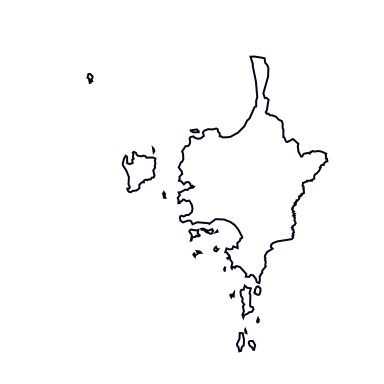 Sattahip, Chon Buri, Thailand (Mercator projection), rotated 12°
{"feature_id": "78962969B45333129363776", "entity_name": "Sattahip", "entity_type": "district", "adm_level": 2, "iso_a3": "THA", "parent_name": "Thailand", "parent_adm1": "Chon Buri", "projection": "mercator", "projection_center": [100.926, 12.687], "detail": "fine", "context": "isolated", "style": "outline", "palette": "ink", "viewbox_px": 384, "rotation_deg": 12, "n_neighbors": 0, "source": "geoboundaries", "source_scale": "gbopen_adm2", "svg_char_len": 6146}
<svg xmlns="http://www.w3.org/2000/svg" viewBox="0 0 384 384"><g transform="rotate(12 192 192)"><path d="M315.3,126.6L309.9,125.5L306.9,125.7L303.4,127.0L301.1,126.9L300.4,128.3L299.3,128.5L299.2,129.9L297.2,129.7L293.4,131.4L292.3,134.4L291.4,134.7L287.7,130.3L286.0,125.4L286.0,122.7L279.8,119.2L274.9,123.3L273.5,123.1L270.9,119.4L269.9,119.2L268.4,111.8L267.2,110.4L266.7,106.9L265.2,104.0L261.5,103.1L258.5,100.9L254.2,100.3L252.3,100.8L250.5,99.5L248.7,99.8L247.5,98.5L248.2,96.6L247.7,85.8L245.2,84.4L243.7,84.9L241.3,80.8L242.4,63.3L241.0,55.1L239.4,52.4L236.8,50.4L235.1,46.0L225.1,46.5L221.1,47.5L225.1,54.5L225.0,55.6L231.5,70.5L236.1,85.6L235.8,89.4L237.0,95.0L235.8,95.7L235.3,97.0L233.0,108.1L231.1,110.6L229.5,116.9L224.5,124.6L218.0,130.1L215.1,131.1L210.8,132.2L208.9,131.5L207.6,131.8L206.8,128.7L204.9,127.5L204.0,125.2L202.5,124.9L198.9,126.6L194.7,127.2L191.5,129.3L190.3,131.3L191.9,134.7L189.5,137.6L187.2,138.6L183.6,138.5L181.9,137.3L179.1,138.6L178.5,140.0L179.7,143.1L179.7,145.9L178.7,147.8L176.2,148.5L173.9,154.5L175.3,156.3L176.7,161.9L176.1,164.3L175.0,165.4L173.9,170.8L177.6,173.9L178.7,176.4L176.5,179.6L177.2,181.4L176.9,183.7L178.7,183.5L182.5,186.2L184.0,183.8L186.5,183.0L188.3,184.1L189.6,186.3L191.3,185.8L191.6,187.0L192.6,186.7L192.3,187.4L188.5,188.9L187.2,191.0L185.0,191.0L181.2,194.3L179.0,195.2L180.8,197.3L179.3,200.9L180.6,203.0L181.0,205.8L182.3,205.4L182.5,204.0L184.1,202.8L184.8,201.2L186.2,201.1L188.2,202.2L191.2,201.0L194.5,204.6L196.0,208.2L196.0,211.7L193.6,215.1L190.6,215.9L190.0,217.1L188.7,217.7L187.0,217.3L185.7,218.1L185.5,219.6L186.6,222.4L189.5,223.6L194.0,220.8L195.9,220.4L197.2,220.8L199.2,223.4L203.5,220.5L214.7,219.1L215.6,219.6L220.7,213.7L229.1,212.2L235.9,213.4L240.6,215.4L244.9,218.9L250.6,225.7L250.4,226.8L249.0,227.6L249.0,229.8L246.9,232.6L248.3,237.3L243.7,236.6L243.3,239.3L240.8,240.4L237.5,240.0L237.1,244.0L239.1,244.1L240.2,245.6L241.4,246.0L242.9,248.3L242.7,249.3L246.2,252.8L246.1,257.6L247.1,258.7L247.8,256.8L249.0,256.5L249.8,257.2L250.7,255.2L254.5,255.4L262.1,260.8L262.2,263.6L265.6,263.1L266.6,260.9L269.2,260.8L272.7,263.8L274.0,266.7L276.7,267.1L276.7,263.9L275.7,260.5L276.6,259.1L276.3,258.1L277.5,256.6L277.1,254.2L279.7,249.5L279.0,248.9L278.5,244.4L277.5,243.3L277.7,241.5L276.8,240.8L276.7,238.8L278.0,235.0L282.6,230.7L280.5,229.2L280.5,226.9L282.1,224.9L285.5,222.7L299.5,217.3L300.4,215.4L299.4,214.2L300.3,213.2L299.2,211.6L300.1,210.4L299.0,207.9L298.1,207.8L298.1,206.2L297.1,206.1L297.5,204.6L299.4,202.7L299.9,200.8L298.1,198.4L298.0,196.0L297.2,195.5L297.5,194.0L295.9,194.0L296.7,192.3L296.2,192.5L295.4,190.9L295.7,190.1L294.8,190.2L295.0,189.3L293.5,188.2L293.5,186.8L294.1,186.6L293.9,185.1L296.1,182.9L295.7,182.0L294.8,182.4L294.7,181.3L295.9,181.0L295.6,179.9L296.6,179.1L296.1,178.4L297.8,177.4L298.3,175.8L297.6,174.3L298.4,173.3L299.2,173.5L299.4,171.6L300.2,171.7L300.2,170.8L301.7,169.9L300.8,166.0L300.2,165.9L300.2,163.8L298.9,163.1L298.7,160.0L302.2,157.9L302.1,157.1L305.1,156.6L305.8,155.7L306.9,156.1L307.0,155.2L308.8,153.5L308.2,150.9L308.7,149.1L309.7,148.5L311.9,144.9L312.5,142.2L312.0,141.4L312.8,141.0L312.6,139.4L314.0,138.1L315.2,138.2L315.3,136.4L316.8,134.2L318.0,133.9L317.2,131.5L316.0,131.5L315.8,129.1L315.0,128.0L315.3,126.6ZM129.0,165.4L126.7,164.8L125.9,165.8L126.9,167.4L126.8,170.2L128.1,171.5L126.8,172.9L127.9,176.0L125.3,177.6L122.6,177.3L121.2,171.1L119.6,170.3L118.6,173.2L118.3,178.6L118.9,180.3L123.2,184.6L127.2,190.5L128.3,197.7L130.2,200.2L129.8,201.6L128.1,202.0L128.1,202.9L129.9,204.8L132.1,205.0L133.7,203.3L137.5,202.0L139.7,199.3L139.0,195.7L141.1,192.9L142.9,192.5L142.5,191.4L143.0,190.3L144.4,189.5L146.0,189.7L146.7,188.8L149.2,188.1L149.6,186.4L151.5,185.7L151.9,183.7L149.6,178.9L150.9,175.8L150.1,174.2L150.3,171.9L149.2,169.1L149.3,166.9L146.6,166.4L140.3,167.9L139.2,166.8L137.0,166.5L135.0,167.7L131.8,167.8L130.5,167.3L129.0,165.4ZM265.9,274.2L263.1,272.6L262.9,276.8L260.6,277.5L260.1,279.2L261.4,283.2L263.7,285.7L263.9,288.9L266.5,291.1L265.6,293.4L267.6,298.0L266.8,301.7L268.3,304.1L268.6,301.6L271.7,299.5L272.7,297.9L275.4,296.8L276.6,294.1L275.4,292.0L273.1,291.9L272.3,290.4L270.5,280.5L269.3,279.1L269.6,274.0L265.9,274.2ZM270.9,319.5L268.0,320.1L269.0,325.6L267.6,331.5L268.2,333.0L269.8,334.2L271.4,338.0L272.9,337.3L273.0,333.6L274.5,331.0L273.5,325.5L270.9,319.5ZM206.1,231.5L206.1,227.7L204.4,228.7L199.0,228.9L197.7,230.0L197.7,231.4L200.2,233.5L201.0,235.2L200.9,239.8L201.5,239.6L201.7,236.1L204.5,235.4L205.0,234.1L207.6,234.0L208.6,233.2L208.4,232.5L206.1,231.5ZM285.6,328.6L282.4,325.1L279.8,325.7L278.9,326.5L278.9,327.8L280.4,330.4L283.0,331.4L284.4,333.4L285.5,333.5L285.6,328.6ZM278.9,272.0L276.2,270.5L274.9,271.4L273.9,274.5L274.4,276.3L273.8,277.2L274.4,278.1L277.8,278.9L279.3,278.3L279.6,274.6L278.9,272.0ZM70.1,103.3L70.9,101.2L70.6,99.5L67.7,97.7L66.2,98.2L66.0,101.9L68.1,102.6L68.2,104.1L69.6,105.3L71.3,104.4L70.1,103.3ZM220.1,225.7L219.5,224.1L215.7,226.6L210.7,225.5L208.7,226.2L209.2,226.9L211.5,226.6L214.3,228.3L219.1,229.0L220.2,228.2L220.7,225.6L220.1,225.7ZM186.1,132.1L185.8,131.0L183.8,129.8L177.9,131.9L178.3,132.7L181.2,133.3L186.1,132.1ZM228.7,242.8L226.9,240.7L225.9,242.0L225.7,243.9L226.3,244.8L228.4,244.8L229.5,242.6L228.7,242.8ZM165.9,200.9L166.0,199.5L164.5,198.1L164.0,200.0L165.2,201.2L165.8,204.2L165.9,203.3L167.2,203.2L165.9,200.9ZM254.5,285.5L254.0,282.0L253.0,284.5L251.5,284.2L250.9,285.0L252.3,286.8L252.8,285.1L254.5,285.5ZM212.1,248.6L209.0,248.8L210.3,250.3L210.2,251.4L211.4,250.2L213.6,249.6L212.1,248.6ZM283.3,305.9L284.1,305.1L283.9,303.1L282.9,301.8L282.5,305.1L283.3,305.9ZM208.2,254.6L208.1,252.9L207.2,252.0L207.2,250.8L206.3,253.0L208.2,254.6ZM240.7,263.0L240.3,261.4L240.1,258.1L239.4,260.9L240.7,263.0ZM146.6,159.9L145.9,158.1L144.8,157.3L146.2,161.0L146.6,159.9ZM274.5,318.7L274.0,317.4L273.2,317.0L273.6,318.5L274.5,318.7ZM223.8,226.3L225.3,225.5L224.8,224.6L223.8,226.3ZM273.1,316.7L273.3,316.0L272.7,315.3L272.6,316.1L273.1,316.7ZM240.3,249.4L240.8,249.8L241.0,248.7L240.3,249.4ZM69.7,106.3L69.0,105.8L69.3,106.5L69.7,106.3Z" fill="none" stroke="#020617" stroke-width="2"/></g></svg>